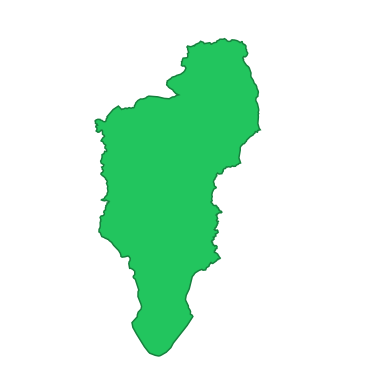 the district of Puerto Inca, Huánuco, Peru, rotated 154°
{"feature_id": "86281439B96842651539960", "entity_name": "Puerto Inca", "entity_type": "district", "adm_level": 2, "iso_a3": "PER", "parent_name": "Peru", "parent_adm1": "Huánuco", "projection": "albers", "projection_center": [-75.158, -9.27], "detail": "fine", "context": "isolated", "style": "filled", "palette": "green", "viewbox_px": 384, "rotation_deg": 154, "n_neighbors": 0, "source": "geoboundaries", "source_scale": "gbopen_adm2", "svg_char_len": 6077}
<svg xmlns="http://www.w3.org/2000/svg" viewBox="0 0 384 384"><g transform="rotate(154 192 192)"><path d="M226.3,117.0L225.9,117.4L224.2,118.0L220.0,118.4L217.0,118.1L216.4,116.9L213.9,116.0L212.1,117.7L209.4,117.8L208.1,119.2L206.7,119.7L206.2,120.4L205.7,120.3L205.3,119.1L204.6,118.7L200.4,119.4L199.0,120.0L198.3,119.9L198.1,120.4L196.3,119.9L195.6,120.2L196.1,122.4L196.0,123.6L196.3,123.9L196.2,125.0L197.4,127.2L198.2,127.8L197.9,128.0L197.8,129.1L196.5,129.5L196.0,130.4L194.4,130.3L193.4,132.1L193.8,133.2L194.8,133.7L195.3,133.5L195.4,134.2L196.1,134.9L195.8,135.5L196.2,136.4L195.8,137.1L196.0,137.6L195.6,138.1L196.2,138.6L196.1,139.1L195.0,139.8L194.2,139.5L193.4,140.0L192.9,140.0L193.0,140.5L192.4,141.1L192.6,142.0L191.4,141.7L190.7,142.2L189.8,142.0L189.4,144.0L188.5,143.8L186.3,144.2L186.3,145.1L186.0,145.1L185.8,145.9L185.9,146.7L187.8,147.3L188.4,148.4L187.6,148.6L186.9,149.7L185.8,149.8L185.2,150.3L185.0,150.8L184.1,151.1L183.4,152.2L182.8,152.2L182.4,152.7L182.4,153.8L181.3,153.9L181.4,154.5L182.2,154.9L182.5,155.6L182.2,156.1L180.6,156.9L180.4,159.3L180.0,160.0L180.5,160.4L180.3,160.8L179.7,161.2L179.1,160.9L177.6,161.4L176.0,161.2L175.0,160.5L174.0,160.8L174.1,161.8L175.1,162.5L175.2,163.7L175.7,164.0L175.3,165.9L175.7,166.9L176.1,166.9L175.9,168.2L176.3,168.7L176.3,169.4L177.8,170.0L178.5,170.7L178.8,171.8L178.7,172.8L179.2,173.5L179.3,174.7L177.7,175.3L177.4,177.2L175.8,179.1L175.5,180.7L173.8,182.9L171.2,185.0L168.4,185.2L168.3,185.9L169.0,187.1L169.1,188.2L168.4,190.1L168.4,191.6L167.0,193.2L165.9,193.4L165.4,194.3L164.7,194.4L163.3,195.6L162.6,195.7L162.5,196.9L160.8,197.8L159.8,196.3L157.1,195.4L155.9,196.5L155.2,196.7L155.2,197.1L154.5,197.5L154.3,198.3L152.8,198.9L151.6,198.5L150.2,199.4L149.2,198.9L148.2,198.8L146.4,197.5L144.2,197.7L143.4,196.8L141.7,196.1L140.0,196.8L138.5,196.6L137.7,197.0L135.6,196.8L134.9,202.1L130.3,208.5L129.3,210.6L128.3,211.6L125.2,212.8L123.6,212.6L123.0,212.9L122.2,213.4L120.9,213.8L120.0,214.7L115.6,216.2L112.0,216.5L111.2,217.1L109.7,217.4L108.6,218.5L107.0,217.1L106.5,217.4L106.5,218.1L105.7,218.5L103.4,218.0L103.7,219.9L102.8,224.7L99.4,230.4L98.6,232.6L97.7,233.2L97.7,234.5L96.2,236.2L95.7,237.6L94.5,242.6L94.6,245.5L94.4,246.8L92.9,248.7L90.9,249.1L89.7,251.2L88.7,252.4L88.3,253.5L88.2,256.7L87.7,258.3L87.6,260.0L88.4,262.6L88.0,265.5L88.5,269.6L88.1,270.9L86.8,273.1L86.2,278.3L86.4,279.9L87.5,282.1L88.1,285.8L88.1,288.0L87.5,288.6L87.7,290.2L86.2,291.1L85.2,290.2L84.2,290.2L82.7,290.8L81.2,292.1L81.0,292.9L81.3,294.6L80.6,296.0L80.8,297.3L79.5,299.5L79.9,301.2L80.5,301.5L80.5,302.1L81.0,302.5L81.3,303.9L81.0,305.1L81.5,305.4L83.3,305.2L84.0,306.7L85.3,308.4L87.1,309.9L89.3,311.2L90.1,311.2L91.1,310.6L92.8,311.1L94.0,312.1L94.7,314.2L95.6,315.6L97.0,315.6L99.9,317.1L101.3,316.7L103.4,316.8L104.4,315.8L106.6,316.5L109.9,316.4L110.2,316.8L110.1,317.5L110.6,318.4L116.0,320.0L116.1,321.4L118.2,323.7L120.3,322.9L124.2,323.1L125.5,322.4L125.6,322.8L128.4,322.9L129.8,323.3L131.9,325.1L133.0,324.5L132.8,323.1L133.2,322.5L133.9,318.7L135.4,318.4L136.0,316.2L136.9,315.1L137.8,314.9L141.3,316.2L142.6,315.1L143.2,314.0L144.3,313.7L144.4,312.9L146.0,310.5L145.4,309.4L143.4,308.5L143.1,306.0L145.3,304.2L147.1,303.4L150.7,302.8L154.6,303.5L156.3,303.3L159.5,303.9L162.2,302.9L162.9,303.2L164.0,302.7L165.5,302.7L165.8,302.0L166.5,301.6L166.4,301.0L167.5,300.0L167.8,299.3L167.2,297.7L167.1,296.7L166.5,295.3L164.5,292.3L164.4,290.9L163.4,287.6L161.5,285.2L163.6,285.6L165.9,285.2L168.0,286.0L171.6,285.8L175.9,288.3L181.0,292.5L188.8,297.1L190.8,297.2L191.9,296.8L193.3,296.8L195.5,297.2L197.6,298.2L200.7,297.9L203.7,296.6L204.5,295.5L205.7,295.0L206.4,293.8L207.4,293.2L208.3,293.9L210.0,293.9L211.5,295.4L213.9,295.4L214.5,296.3L215.5,296.7L217.4,296.6L218.1,297.1L219.0,297.0L220.5,301.5L226.7,300.7L235.4,296.9L235.4,296.0L236.7,295.5L238.2,293.6L239.3,293.3L240.3,293.8L241.2,294.8L241.6,295.9L242.9,296.8L242.8,297.5L244.7,298.6L246.6,298.8L248.0,298.3L247.9,297.6L248.7,295.9L247.8,295.0L248.1,294.4L247.6,294.3L247.6,293.4L248.8,293.7L249.5,293.3L249.4,293.0L249.9,292.6L249.4,291.8L249.5,291.0L250.0,289.8L251.4,288.9L250.3,286.9L248.8,286.6L246.5,287.4L245.8,287.0L246.0,286.4L245.7,286.1L247.1,283.2L246.1,281.2L246.3,280.3L248.5,279.7L251.2,278.0L251.3,277.5L250.4,276.9L250.0,275.9L250.1,274.1L249.0,272.0L249.3,271.4L250.2,271.0L251.0,269.7L250.4,268.4L250.3,267.1L251.0,265.9L252.7,266.8L254.2,265.1L256.5,265.0L257.6,262.6L259.4,260.6L260.5,259.9L260.7,259.4L260.9,257.7L259.3,255.1L260.6,253.8L262.3,254.0L262.2,252.6L262.7,251.9L262.2,250.4L262.3,249.9L263.9,248.9L265.1,248.9L266.0,248.1L265.3,245.8L264.7,245.1L263.7,242.3L264.0,241.5L263.5,240.5L263.7,239.7L263.3,238.9L263.9,238.0L265.0,237.4L265.2,233.9L266.3,232.6L267.2,229.3L268.9,228.0L269.4,226.8L272.9,225.4L273.4,224.7L274.4,224.4L276.4,224.8L276.9,224.6L276.3,223.8L274.5,222.4L273.6,222.2L272.9,222.5L272.4,222.0L272.2,221.3L270.8,220.0L271.2,219.9L271.6,219.0L273.2,219.3L273.9,217.9L275.3,217.6L275.8,216.5L276.5,216.0L277.5,213.9L279.1,213.6L280.2,212.6L280.1,211.4L280.8,210.2L281.8,209.8L283.0,209.8L284.1,210.3L285.7,209.5L286.1,206.8L287.0,206.0L286.9,205.6L287.9,204.9L289.4,201.5L290.6,200.0L291.8,199.3L293.1,196.9L292.3,195.9L292.6,191.5L290.7,189.4L290.2,188.3L289.3,187.8L288.8,186.6L288.0,186.1L287.7,184.7L286.3,181.9L285.8,178.5L283.6,171.6L283.3,168.3L283.7,166.1L284.1,165.3L283.4,164.1L280.8,163.2L277.7,162.6L277.0,161.9L276.6,159.5L277.8,157.5L279.0,156.9L280.2,155.3L281.4,151.2L281.5,150.7L280.5,150.3L279.1,148.4L278.2,145.9L279.6,142.9L281.5,142.1L282.1,141.4L282.1,140.3L281.2,138.4L282.8,127.2L284.2,126.0L286.4,121.7L287.0,113.7L287.5,111.2L289.2,109.0L293.0,107.6L295.1,105.4L295.8,103.9L303.2,100.9L304.3,97.0L304.5,96.0L304.1,88.9L302.6,73.9L301.2,67.3L300.6,65.6L296.6,61.3L294.1,59.4L292.8,58.9L290.8,58.9L285.4,59.3L279.2,61.4L275.1,64.4L254.9,74.2L245.8,79.7L245.9,81.3L247.0,82.9L245.7,85.3L245.6,87.3L246.0,89.3L245.2,91.3L245.2,97.3L244.9,98.4L242.5,101.7L237.0,106.1L228.9,115.8L226.3,117.0Z" fill="#22c55e" stroke="#15803d" stroke-width="1.5"/></g></svg>